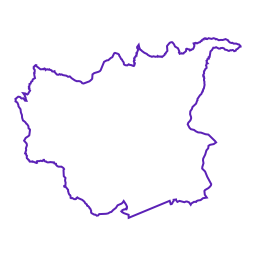 the district of Silvia, Cauca, Colombia
{"feature_id": "7082276B59383263331081", "entity_name": "Silvia", "entity_type": "district", "adm_level": 2, "iso_a3": "COL", "parent_name": "Colombia", "parent_adm1": "Cauca", "projection": "albers", "projection_center": [-76.334, 2.654], "detail": "fine", "context": "isolated", "style": "outline", "palette": "violet", "viewbox_px": 256, "rotation_deg": 0, "n_neighbors": 0, "source": "geoboundaries", "source_scale": "gbopen_adm2", "svg_char_len": 5633}
<svg xmlns="http://www.w3.org/2000/svg" viewBox="0 0 256 256"><path d="M28.0,159.5L29.2,160.3L29.4,161.3L29.9,161.7L31.2,161.5L32.2,161.8L32.5,161.4L36.5,163.0L37.0,162.8L36.7,161.7L37.1,161.1L39.6,161.1L40.6,160.7L42.2,161.1L43.1,160.6L43.4,159.9L44.0,159.9L44.2,160.8L45.3,161.5L45.9,161.4L46.8,162.1L47.8,162.4L49.3,162.3L50.2,162.0L51.1,162.3L51.9,162.1L52.9,162.5L53.9,162.3L54.4,163.5L56.0,163.8L56.1,164.9L57.4,166.2L58.7,166.7L61.5,166.7L63.4,168.0L64.1,169.1L63.5,170.0L63.8,176.2L65.5,178.0L65.1,179.8L65.1,180.8L65.6,182.7L65.4,185.6L64.2,185.9L64.1,186.1L64.4,186.8L65.9,187.1L68.1,189.9L68.1,191.4L68.4,191.9L68.5,192.8L69.3,194.6L70.0,195.0L70.5,195.9L70.6,197.9L71.2,198.2L72.2,198.0L74.1,199.1L75.7,199.1L76.2,198.8L76.5,197.9L77.4,197.4L78.0,198.0L82.3,199.9L84.4,201.7L85.2,203.2L86.9,204.5L87.0,205.5L87.5,206.0L88.0,206.0L89.1,207.1L89.6,208.3L90.2,208.5L91.2,210.9L91.0,212.0L91.5,213.1L94.2,214.6L95.5,214.7L96.8,215.7L98.2,215.4L99.2,214.1L106.0,213.8L108.1,213.4L109.9,212.3L111.4,211.9L113.2,210.0L115.9,207.9L117.6,205.3L121.5,203.6L122.6,202.7L123.7,201.0L126.0,204.5L127.0,206.7L126.9,208.3L126.5,209.2L125.7,208.7L124.9,209.5L124.0,209.4L122.3,210.2L122.2,211.1L121.4,211.4L121.9,212.0L123.9,213.2L128.6,214.8L128.7,217.8L169.7,200.8L170.7,204.2L171.5,204.1L172.1,203.6L172.8,202.0L173.6,201.1L173.6,199.8L176.0,199.5L176.0,200.1L177.4,201.9L179.5,200.9L184.4,202.2L186.1,201.5L186.9,201.5L189.0,202.3L190.7,204.7L191.3,203.5L193.9,201.9L196.2,201.9L196.5,201.1L198.0,200.5L200.6,200.1L203.0,198.2L206.8,197.6L204.8,194.7L204.4,191.0L205.1,190.0L208.4,188.1L210.1,186.5L211.0,185.2L211.2,184.1L207.2,176.7L205.1,171.5L202.2,168.6L202.3,167.0L203.5,163.2L203.0,160.3L203.2,158.6L205.2,154.6L206.4,150.4L208.2,148.3L208.5,145.8L210.1,144.8L213.7,144.1L216.1,142.4L215.1,141.1L208.4,134.6L205.4,134.2L201.0,132.6L198.1,132.4L196.0,131.4L194.0,129.9L190.9,129.2L189.5,127.8L187.7,124.3L188.3,122.7L190.3,120.5L191.1,118.6L191.1,117.2L190.1,114.2L190.3,111.3L191.9,109.0L192.5,107.0L196.1,103.6L197.0,100.9L197.5,100.3L197.4,99.1L200.0,95.2L201.3,94.1L202.0,92.4L202.7,91.6L202.5,91.2L203.0,90.5L203.2,89.2L203.8,88.7L204.6,84.8L204.4,83.6L204.4,81.5L204.0,80.4L204.0,78.9L204.3,78.5L204.1,77.0L203.6,76.8L203.7,76.2L203.3,76.0L203.5,75.3L203.2,75.0L204.1,73.4L203.9,71.9L204.3,71.3L204.3,70.7L205.0,69.9L205.4,68.9L206.5,68.1L206.6,67.1L206.0,65.3L206.5,64.6L206.7,63.1L207.4,63.1L206.7,62.2L206.8,61.5L206.5,60.9L207.1,60.5L207.4,59.1L208.9,58.6L208.5,57.3L209.0,56.9L209.6,56.9L210.5,51.4L212.0,50.0L213.3,47.7L214.8,47.8L216.1,47.2L218.8,48.6L220.1,48.6L220.6,48.1L222.7,47.9L224.1,48.5L224.9,49.6L226.9,50.0L228.5,50.9L229.2,50.9L230.3,50.2L231.2,50.4L232.4,50.0L233.2,50.2L234.2,51.2L235.7,50.7L236.3,49.4L237.4,49.0L239.5,46.9L240.6,46.6L240.5,46.0L238.9,44.4L238.1,44.4L236.3,43.6L233.6,43.6L232.4,42.8L231.5,43.0L229.7,42.4L228.3,41.0L228.2,40.4L225.6,39.1L222.7,40.0L220.8,39.9L218.8,40.2L216.6,39.0L215.8,39.3L214.8,38.5L213.5,38.2L211.6,38.9L208.6,38.2L207.2,39.1L206.0,39.0L205.8,38.3L204.7,38.3L203.8,38.8L203.7,39.5L202.5,39.6L201.6,40.5L201.6,41.0L200.6,41.3L200.0,42.2L198.7,42.5L197.0,43.4L195.8,42.8L193.6,43.4L193.8,43.9L194.5,44.0L194.5,44.5L194.2,45.0L194.4,45.9L193.5,48.3L192.8,49.2L191.8,49.4L191.3,49.9L190.9,49.7L189.9,50.5L189.0,49.3L188.5,49.4L186.9,48.7L186.2,49.0L186.0,51.1L184.2,52.7L183.6,52.9L183.4,53.5L181.8,53.6L181.3,53.2L179.7,53.8L178.9,52.4L179.4,51.6L178.0,48.3L175.0,46.5L174.0,44.3L172.4,42.3L171.3,42.2L169.7,42.8L167.2,45.8L167.0,46.2L167.4,50.9L165.8,52.8L165.7,53.5L164.9,53.8L164.6,54.9L162.0,57.0L161.0,56.4L160.1,56.8L159.1,56.4L158.4,56.6L157.8,56.1L157.5,56.7L156.9,56.5L155.6,56.8L153.4,56.3L151.9,56.8L151.1,56.4L150.1,56.2L147.8,54.9L146.8,53.9L144.4,52.8L141.7,50.8L141.3,50.2L140.3,49.8L139.2,47.3L138.7,44.8L137.1,47.0L137.1,47.9L138.2,49.5L137.2,52.2L136.6,52.7L136.9,53.3L136.5,53.7L136.8,54.1L136.3,55.0L136.5,55.7L135.8,55.9L135.6,56.7L134.8,57.2L134.6,58.2L134.1,58.4L134.6,60.1L134.0,60.3L133.8,61.5L134.2,62.1L134.2,63.0L134.9,63.2L134.9,63.4L134.6,64.4L134.2,64.8L134.3,65.4L133.8,66.0L132.2,65.6L131.8,65.2L129.4,64.8L128.8,64.3L127.2,65.4L125.4,65.2L124.2,64.6L123.9,64.2L123.7,62.4L122.3,60.5L122.0,59.5L121.2,59.1L119.8,56.4L119.3,55.9L119.0,54.6L117.9,53.8L115.0,52.9L114.1,53.4L112.3,57.2L110.9,57.9L108.3,60.2L106.7,60.4L104.1,61.8L100.7,70.1L99.9,71.1L98.5,71.8L94.2,73.1L92.5,74.4L92.2,78.7L91.5,79.6L89.5,81.3L83.6,83.5L82.2,83.2L81.3,82.0L80.2,81.4L78.8,81.1L76.8,81.2L74.9,80.4L71.6,78.2L69.8,76.4L68.1,76.8L66.4,75.7L62.9,75.1L61.7,74.4L60.4,74.7L59.7,74.1L58.2,74.8L56.8,74.5L54.7,72.1L54.5,71.2L53.4,71.6L52.2,71.4L51.5,70.3L49.7,69.8L49.4,69.3L48.2,69.7L47.7,69.3L46.5,69.4L45.6,70.0L45.3,69.0L44.6,68.5L43.6,69.2L43.2,68.9L42.7,69.2L40.5,69.3L36.1,65.9L36.4,64.2L36.3,64.7L34.6,65.9L34.4,66.6L33.7,67.0L33.7,68.6L34.7,69.9L34.7,71.9L34.1,72.9L34.5,73.3L34.2,73.8L34.4,75.6L35.0,78.1L32.8,79.4L32.3,81.2L31.3,81.6L30.5,83.7L29.5,84.0L29.5,85.7L28.9,86.5L29.3,87.1L28.9,87.8L29.4,88.5L29.0,88.9L30.1,90.6L28.5,92.9L28.3,93.7L27.2,94.5L25.5,93.5L23.2,93.2L24.9,95.6L24.8,96.2L25.6,97.5L25.7,98.7L26.5,100.8L25.1,100.7L23.4,98.3L21.6,98.5L20.9,98.0L20.4,97.2L19.2,96.8L18.2,96.7L15.4,99.0L15.8,99.9L15.5,101.4L17.3,102.5L18.3,104.8L18.5,106.4L20.5,109.2L20.9,112.5L21.9,115.0L22.1,117.7L23.0,120.5L24.3,121.3L25.6,122.5L26.2,123.6L27.2,124.3L28.4,126.2L28.6,128.4L29.6,129.1L30.0,129.8L29.3,135.2L28.6,136.0L25.7,137.9L24.1,140.7L26.5,143.4L26.8,144.2L26.9,145.5L25.9,148.3L26.2,150.0L25.1,153.4L26.0,153.6L26.2,154.9L27.0,155.9L26.7,156.9L26.9,158.3L27.8,158.9L28.0,159.5Z" fill="none" stroke="#5b21b6" stroke-width="2"/></svg>